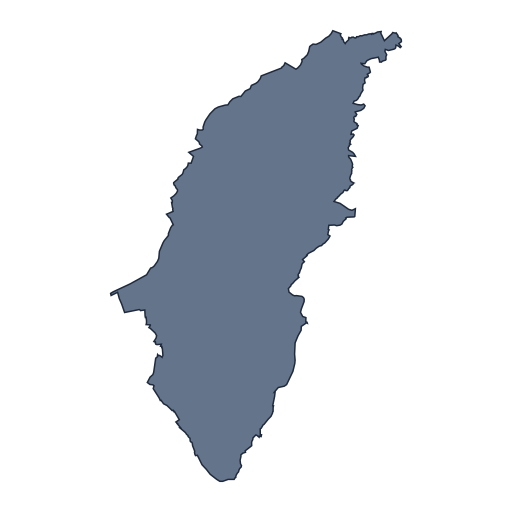 outline of Martinis, Harghita, Romania
{"feature_id": "2599482B98292764563542", "entity_name": "Martinis", "entity_type": "district", "adm_level": 2, "iso_a3": "ROU", "parent_name": "Romania", "parent_adm1": "Harghita", "projection": "orthographic", "projection_center": [25.42, 46.235], "detail": "fine", "context": "isolated", "style": "filled", "palette": "slate", "viewbox_px": 512, "rotation_deg": 0, "n_neighbors": 0, "source": "geoboundaries", "source_scale": "gbopen_adm2", "svg_char_len": 6000}
<svg xmlns="http://www.w3.org/2000/svg" viewBox="0 0 512 512"><path d="M235.0,477.9L235.8,477.4L235.8,476.4L236.3,474.9L237.3,473.2L238.5,471.9L239.0,470.0L239.7,468.5L241.1,467.1L241.5,465.7L240.5,463.8L240.1,460.3L240.9,456.7L240.9,454.9L242.8,453.2L245.5,452.3L245.2,450.8L251.7,445.7L251.6,442.6L251.9,441.2L252.7,439.8L253.0,437.9L255.8,435.0L256.8,435.3L259.1,437.2L259.3,436.2L261.1,436.6L261.5,434.8L260.3,434.7L260.2,428.9L261.3,428.1L263.1,424.9L264.0,424.4L268.2,419.2L271.0,416.3L272.5,413.1L272.8,411.5L273.1,411.3L273.1,407.8L273.5,405.8L272.7,405.8L274.6,396.4L275.0,393.0L275.1,392.2L274.2,392.4L274.5,391.9L278.3,387.5L284.2,386.2L286.6,384.6L292.9,371.4L294.8,363.5L295.1,360.3L294.6,354.1L295.1,342.9L298.0,335.8L301.1,330.3L301.3,326.4L306.5,322.8L307.3,323.2L307.0,322.2L305.8,321.8L305.9,317.6L302.7,316.5L300.5,312.3L301.4,308.8L304.1,301.6L304.2,299.1L303.5,297.6L301.9,296.4L296.4,295.6L294.5,295.8L292.5,294.9L289.0,292.1L288.4,288.6L290.9,285.8L291.2,284.5L292.5,283.6L294.8,280.9L298.9,277.3L298.2,276.9L298.5,275.9L298.1,275.4L298.1,274.7L299.0,273.1L299.4,273.0L300.1,270.5L301.3,267.9L302.0,264.2L302.8,263.1L304.4,261.7L302.6,259.5L307.1,255.6L306.6,255.1L308.5,253.3L313.9,250.5L316.3,248.1L319.3,246.1L321.5,245.6L323.3,243.7L324.7,243.0L328.3,239.0L330.0,236.0L327.8,234.6L328.5,231.0L329.1,229.9L328.3,229.5L328.8,225.3L334.5,225.0L336.7,225.7L340.1,225.1L341.9,224.0L343.3,221.3L346.1,218.8L345.7,218.0L347.0,217.2L354.1,216.9L354.8,216.4L355.4,208.7L352.0,210.3L348.6,209.3L340.1,203.4L334.0,201.5L336.0,198.8L337.3,198.0L337.6,197.0L338.3,196.8L340.7,194.1L342.9,192.5L344.2,190.2L344.9,190.0L346.1,190.7L347.5,190.5L348.9,188.4L349.9,187.6L349.9,186.7L350.3,185.9L352.7,184.5L353.4,183.5L353.4,183.0L353.7,182.9L351.1,181.5L350.5,180.7L350.6,180.1L349.9,179.0L349.8,178.1L350.8,174.9L351.7,173.3L351.6,172.0L351.9,170.8L351.6,169.9L351.7,169.3L352.4,167.6L352.8,167.4L352.2,166.1L352.6,164.5L352.3,163.2L350.6,159.1L349.1,157.6L348.6,156.5L348.6,155.6L355.5,156.4L354.0,153.8L352.6,152.3L348.6,150.0L348.2,147.6L349.4,145.7L349.3,145.2L350.7,144.2L349.6,143.3L350.3,141.9L350.0,140.8L350.7,139.4L353.2,136.7L354.1,135.0L353.1,134.0L351.0,134.3L351.7,131.0L357.1,128.3L358.2,125.5L357.0,125.0L356.8,124.6L357.1,124.3L357.1,123.8L356.8,123.5L354.3,122.0L353.9,121.3L354.3,119.0L353.8,118.1L353.8,117.4L354.6,116.4L355.6,116.5L356.8,114.4L355.3,112.5L355.2,111.9L360.8,110.4L363.7,108.4L365.1,105.8L363.7,104.1L361.2,105.0L357.6,104.6L353.1,103.3L354.1,101.1L356.3,100.4L357.2,99.6L358.0,98.7L358.9,96.9L359.6,96.5L360.0,95.7L360.9,93.5L363.0,90.2L362.6,87.8L363.1,84.3L365.1,82.9L364.5,80.2L365.0,77.9L366.3,77.7L366.5,77.1L367.5,77.1L368.1,76.6L368.3,75.9L367.3,74.2L369.8,72.8L370.4,72.1L369.1,67.2L367.2,67.1L364.0,66.0L361.5,64.2L361.1,63.3L364.8,63.8L366.9,60.7L369.4,59.4L371.2,58.6L378.3,57.2L379.3,59.9L379.6,62.0L381.4,62.1L382.5,61.1L385.6,60.1L386.0,59.5L385.9,56.6L386.7,54.8L384.9,51.4L385.3,49.4L388.5,50.5L393.8,49.2L394.9,48.7L395.6,47.9L396.0,45.1L398.4,46.1L400.2,47.6L401.2,46.7L398.8,43.6L401.4,41.7L401.3,39.8L400.9,38.9L400.3,38.7L400.2,38.1L397.9,36.7L398.1,36.0L397.8,35.2L396.1,32.8L395.4,33.2L392.8,32.5L391.6,34.1L384.4,40.7L380.9,33.4L380.7,32.1L381.2,31.8L381.2,31.5L377.5,32.0L375.3,33.2L373.7,33.7L373.2,33.5L373.1,33.9L372.1,33.5L371.7,34.3L371.1,33.8L368.6,34.0L366.8,34.8L364.5,34.9L361.7,35.9L360.8,35.7L359.8,35.9L358.5,36.7L356.6,36.7L356.2,37.6L355.6,38.0L354.4,37.8L353.3,37.1L351.5,37.3L351.1,37.8L350.0,37.9L348.9,37.4L348.6,38.2L348.8,39.6L346.0,42.3L345.2,43.6L343.8,41.9L343.0,39.3L342.2,39.3L342.3,38.0L341.2,37.0L340.3,34.9L340.9,33.7L332.8,30.7L331.2,33.6L328.8,36.3L325.8,38.0L320.8,42.2L316.1,44.4L313.0,44.1L310.3,46.0L309.7,46.6L308.7,51.4L307.3,54.8L303.7,58.4L301.8,59.5L302.1,61.4L300.5,65.0L297.6,68.1L295.9,69.2L285.1,62.8L283.8,65.6L281.7,67.3L281.6,68.0L261.2,75.9L260.3,78.5L257.9,81.8L255.8,83.4L251.4,85.4L250.1,88.7L245.3,91.0L240.9,96.5L239.0,96.3L232.8,98.8L229.8,101.8L227.9,104.9L225.2,105.1L218.3,107.0L214.9,108.8L210.0,113.8L205.8,120.0L204.7,122.1L203.1,127.0L203.2,129.3L202.4,130.0L199.8,130.1L197.5,129.4L197.3,134.1L196.6,135.2L195.4,138.8L198.7,141.6L199.4,142.8L199.5,143.9L202.0,146.1L202.3,147.0L200.5,148.1L188.8,152.3L193.5,156.4L191.1,163.2L188.3,163.1L187.8,165.6L187.3,166.6L185.6,168.5L183.8,169.8L183.0,172.8L182.2,174.4L178.5,177.3L177.9,178.3L178.0,179.0L173.7,182.6L173.6,183.2L174.1,185.0L175.0,185.6L176.0,187.9L177.5,189.7L177.5,191.1L176.2,193.4L173.8,195.9L170.8,198.0L172.4,200.7L172.2,202.6L171.6,202.5L172.5,207.7L172.9,208.3L172.7,209.6L173.1,211.4L166.5,214.2L169.2,217.5L170.0,217.9L173.3,224.8L172.4,225.2L170.7,227.7L168.4,233.6L168.4,235.5L164.2,240.7L163.0,242.8L159.4,251.3L158.8,258.3L157.4,261.5L154.2,266.0L152.4,267.5L150.6,268.1L146.6,274.8L129.9,284.0L113.2,291.8L110.6,293.4L111.1,295.5L117.6,292.3L119.3,298.6L121.7,304.1L124.6,312.5L139.0,309.6L139.6,309.6L140.5,310.6L144.8,310.0L145.1,316.1L145.4,317.5L146.1,317.3L146.5,320.7L146.5,323.0L146.1,324.6L150.3,324.9L150.3,325.5L148.9,327.6L150.2,328.3L155.1,332.9L156.6,335.6L156.1,338.0L153.9,341.5L155.0,341.7L154.9,342.0L155.5,342.2L155.4,343.2L155.8,344.2L156.9,344.6L161.3,344.2L160.5,346.2L161.8,346.4L161.7,347.7L162.3,348.0L162.9,355.2L162.8,355.9L162.0,356.6L162.0,357.2L159.8,355.6L158.0,355.1L157.6,354.6L157.4,356.4L157.6,356.6L155.7,358.2L153.7,372.2L152.9,374.6L150.1,377.1L147.3,382.5L150.0,384.5L152.9,384.8L154.0,385.8L153.2,388.6L159.1,397.8L160.3,400.5L161.0,400.2L163.6,403.8L167.0,405.5L172.2,410.6L173.1,410.2L174.1,411.8L174.5,411.5L179.3,419.7L175.9,422.0L177.5,423.6L177.2,423.7L180.6,427.8L179.9,427.9L184.9,432.1L185.9,433.2L186.5,434.3L188.0,435.5L188.0,436.2L188.4,436.8L190.0,438.3L190.2,441.1L190.8,441.9L191.8,442.3L192.3,443.3L192.6,445.7L194.7,451.2L194.5,452.3L194.8,454.0L195.5,455.6L197.4,455.3L202.0,464.7L206.4,469.4L210.2,474.3L216.6,479.3L219.8,481.3L222.8,481.3L228.1,479.4L234.1,479.4L235.0,477.9Z" fill="#64748b" stroke="#1e293b" stroke-width="1.5"/></svg>